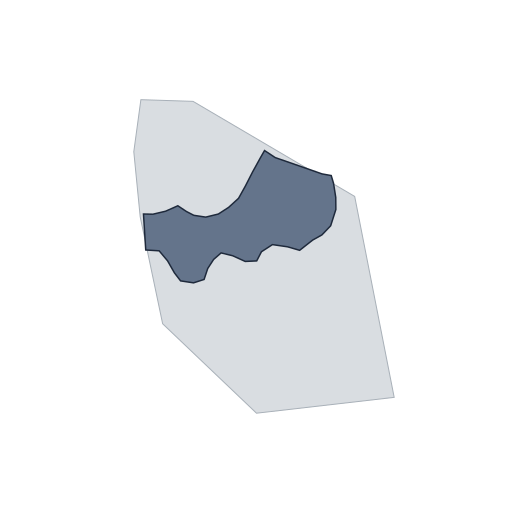 location of Central Singapore within Singapore, rotated 237°
{"feature_id": "SGP-4871", "entity_name": "Central Singapore", "entity_type": "state/province", "adm_level": 1, "iso_a3": "SGP", "parent_name": "Singapore", "parent_adm1": "", "projection": "robinson", "projection_center": [103.856, 1.349], "detail": "fine", "context": "in_parent", "style": "filled", "palette": "slate", "viewbox_px": 512, "rotation_deg": 237, "n_neighbors": 0, "source": "natural_earth", "source_scale": "10m", "svg_char_len": 832}
<svg xmlns="http://www.w3.org/2000/svg" viewBox="0 0 512 512"><g transform="rotate(237 256 256)"><path d="M420.0,287.4L252.2,371.2L62.2,294.9L123.9,170.8L250.0,140.8L351.9,180.2L410.0,210.3L449.8,244.6L420.0,287.4Z" fill="#d9dde1" stroke="#a8b0b8" stroke-width="1"/><path d="M339.8,320.6L328.1,325.7L288.9,356.1L282.5,362.9L274.7,360.6L261.7,354.8L251.5,348.3L240.7,335.1L237.8,322.8L238.5,312.2L237.0,295.7L246.5,287.5L256.6,276.0L256.6,262.9L251.5,253.9L257.3,244.0L268.9,236.6L277.6,228.4L276.2,218.6L271.8,208.7L264.6,199.7L267.5,189.0L276.2,179.2L286.3,178.4L300.1,179.2L313.1,177.6L321.1,166.8L352.5,184.5L347.2,192.3L342.8,204.6L340.7,217.8L331.2,221.9L324.0,226.0L316.0,235.0L311.7,247.3L311.7,259.6L313.9,272.8L320.4,285.1L328.4,299.0L336.3,313.8L339.8,320.6Z" fill="#64748b" stroke="#1e293b" stroke-width="1.5"/></g></svg>